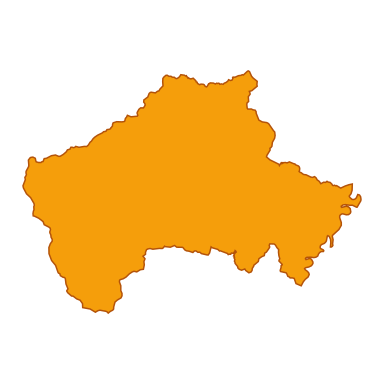 outline of Bolívar, Valle del Cauca, Colombia
{"feature_id": "7082276B19709317443254", "entity_name": "Bolívar", "entity_type": "district", "adm_level": 2, "iso_a3": "COL", "parent_name": "Colombia", "parent_adm1": "Valle del Cauca", "projection": "robinson", "projection_center": [-76.334, 4.364], "detail": "fine", "context": "isolated", "style": "filled", "palette": "amber", "viewbox_px": 384, "rotation_deg": 0, "n_neighbors": 0, "source": "geoboundaries", "source_scale": "gbopen_adm2", "svg_char_len": 5940}
<svg xmlns="http://www.w3.org/2000/svg" viewBox="0 0 384 384"><path d="M257.2,86.2L256.9,84.6L257.2,81.3L253.2,78.1L251.6,76.3L249.5,71.6L248.3,70.9L247.5,71.2L243.4,75.0L242.2,74.7L241.2,75.3L238.4,75.7L235.1,77.2L233.0,77.1L232.6,77.6L232.9,78.5L231.9,80.2L230.5,80.5L228.6,79.7L227.9,81.0L226.0,82.5L224.2,83.2L223.2,84.3L221.4,83.9L219.8,84.3L219.4,83.5L218.2,83.2L217.6,83.5L216.6,83.2L215.4,84.0L213.4,83.1L210.1,82.9L209.5,83.6L208.7,83.7L207.0,86.6L206.5,86.9L205.3,86.4L204.1,84.7L203.3,84.3L200.9,84.1L199.8,84.7L199.3,84.5L197.6,83.5L197.0,82.1L196.2,81.9L195.8,80.7L193.2,78.2L190.9,78.9L189.3,78.5L188.7,77.9L188.0,78.2L187.6,77.2L186.6,76.5L186.4,75.7L185.6,76.0L184.4,75.2L180.8,74.7L179.5,76.8L177.5,78.3L176.6,78.6L175.6,78.4L174.4,77.3L172.3,77.2L171.0,76.3L168.8,76.3L167.4,75.3L166.0,75.3L164.1,76.8L162.9,78.4L162.7,81.7L163.0,85.9L160.1,88.9L158.9,90.9L157.4,91.3L155.4,92.9L151.1,92.2L150.2,92.5L149.1,93.5L147.8,97.0L143.9,99.9L143.7,102.1L144.8,103.5L145.2,105.1L143.5,107.9L140.6,107.9L138.9,109.3L137.2,112.4L137.1,113.2L137.8,115.3L137.3,116.2L131.0,116.8L127.4,115.3L126.5,117.2L125.4,118.4L124.8,121.0L124.3,121.5L122.0,121.9L116.7,121.7L113.2,122.8L112.6,124.2L112.4,126.2L110.8,127.9L110.6,128.6L109.4,129.3L107.0,129.6L105.9,131.3L103.6,131.7L102.3,132.9L97.6,135.2L94.7,137.2L93.1,138.7L91.4,141.2L90.1,142.2L88.3,145.1L86.7,146.5L84.3,146.4L79.0,147.3L75.7,146.4L74.8,147.3L73.6,147.7L72.0,147.2L70.8,147.3L70.0,149.1L67.4,149.9L66.3,151.8L63.3,154.4L60.1,156.3L58.5,156.3L55.5,155.0L51.4,155.7L46.4,158.3L44.2,158.6L43.1,161.5L42.0,161.7L41.0,162.5L38.6,162.5L36.3,161.9L35.8,160.9L35.3,158.3L32.9,157.1L30.8,157.4L30.0,157.9L28.4,160.1L28.8,165.2L28.6,166.6L26.1,171.3L26.0,173.0L26.4,174.5L25.8,176.1L24.9,177.3L25.3,179.7L23.0,185.8L23.4,187.9L26.5,193.8L30.6,197.6L34.0,203.5L34.3,205.3L33.8,206.7L34.0,209.8L33.4,211.1L33.0,213.5L33.2,215.9L34.3,216.1L38.7,218.2L43.1,221.6L44.2,224.7L48.9,227.1L50.2,228.2L50.5,229.6L49.8,231.9L49.9,232.9L50.8,234.8L51.1,237.3L52.2,239.3L52.2,241.2L50.4,243.6L48.9,247.5L49.0,253.7L51.6,260.5L55.6,265.4L58.0,272.3L58.5,273.1L59.8,273.7L60.4,275.7L63.1,277.3L64.4,277.5L65.3,278.4L66.0,284.0L68.0,288.9L66.8,290.6L66.8,291.2L67.8,292.8L71.5,296.0L73.2,296.2L76.7,298.9L80.1,300.2L82.5,303.6L82.7,307.6L90.1,309.0L95.4,312.2L97.9,310.7L99.9,310.2L105.9,311.3L107.3,312.0L108.2,313.1L110.3,311.4L112.7,310.2L113.6,309.1L113.7,306.9L115.0,302.1L117.4,300.0L121.0,297.9L122.0,295.8L122.0,293.4L120.8,290.6L120.8,285.7L119.4,281.9L119.6,280.2L120.3,279.6L123.1,278.8L126.0,277.1L129.4,273.8L132.3,271.9L134.0,271.3L136.8,271.9L140.4,269.7L143.4,269.3L144.3,264.8L143.9,261.6L145.0,258.8L143.0,256.2L145.5,254.3L145.5,252.3L146.5,249.7L147.7,249.0L150.0,248.5L152.8,249.2L159.4,248.4L162.2,248.5L163.2,247.9L164.6,246.2L165.1,246.6L170.4,247.2L174.5,245.5L176.8,247.2L182.3,247.3L183.1,247.7L184.8,249.9L186.4,250.8L189.0,251.2L192.9,252.5L194.4,251.0L195.9,250.9L197.9,252.3L199.8,252.2L201.4,253.6L206.9,254.9L208.2,255.0L209.6,252.9L211.1,246.9L212.1,247.7L217.8,249.4L219.5,251.0L220.3,250.8L227.5,253.5L228.2,254.6L229.4,254.2L230.7,254.3L231.2,253.3L231.7,253.0L233.3,253.4L234.1,252.2L234.6,252.3L235.1,250.6L235.9,251.3L236.2,252.1L235.2,252.8L233.7,255.6L234.2,255.6L234.4,257.1L234.1,257.2L234.5,257.7L234.2,258.1L234.9,259.7L234.4,261.1L235.2,262.8L235.1,263.4L237.6,266.5L237.9,268.0L239.2,269.3L241.6,270.2L244.8,269.0L245.7,270.5L248.9,272.8L251.2,271.9L252.1,270.3L252.3,268.4L253.7,266.2L253.8,265.3L258.3,261.5L258.9,258.7L261.9,256.6L264.3,255.6L264.7,253.1L266.4,252.1L269.0,248.4L269.7,247.0L269.2,245.3L269.8,243.9L274.1,244.0L275.4,245.0L276.9,247.6L278.6,249.5L278.5,252.3L278.9,255.7L279.8,258.8L279.0,260.2L279.0,261.1L282.2,264.4L282.2,264.8L281.1,265.7L281.1,267.4L280.2,270.4L280.5,271.5L286.1,272.8L286.9,274.0L287.8,276.3L289.3,277.0L290.1,277.9L292.3,277.9L294.2,278.4L296.0,283.6L301.2,285.8L303.3,281.8L305.3,279.3L308.1,277.0L309.2,274.5L308.8,273.0L307.5,271.4L305.2,269.7L304.6,268.5L305.7,267.7L308.8,267.0L311.3,265.8L312.4,264.5L313.0,263.1L312.8,261.7L311.4,259.3L310.3,258.6L309.0,258.6L306.0,259.6L305.4,258.8L305.7,258.0L306.9,257.3L311.1,257.2L313.8,257.6L315.9,257.2L317.7,256.1L318.6,253.8L319.8,252.4L321.1,251.6L323.4,251.5L323.8,250.8L323.2,249.8L320.5,248.5L320.1,247.3L320.3,246.0L321.4,244.6L324.3,243.4L325.5,242.3L326.4,240.9L327.0,237.5L327.4,236.0L327.9,235.6L329.2,236.5L330.5,239.2L330.8,242.4L330.4,247.0L331.1,247.1L332.3,246.4L332.9,245.3L332.6,243.9L333.1,239.7L332.3,236.3L332.5,235.4L338.9,229.5L341.3,225.3L341.3,222.5L339.7,217.8L339.7,215.9L340.1,215.2L341.5,214.1L342.7,213.8L346.3,214.8L348.6,214.6L350.3,213.2L350.8,211.9L350.2,208.6L348.5,206.9L346.3,206.2L341.8,207.4L341.2,206.8L341.3,206.1L343.1,204.9L345.5,204.6L350.0,205.3L352.4,205.2L356.5,207.2L357.1,207.2L360.8,200.8L361.0,199.3L360.6,196.7L359.5,195.0L357.8,194.5L356.3,197.9L354.8,199.2L353.6,199.5L352.0,199.4L349.8,197.4L349.2,196.1L351.0,193.8L352.1,190.3L352.3,184.0L349.0,184.7L345.2,186.0L340.7,188.1L336.6,185.6L335.9,185.9L334.5,185.2L333.5,185.6L332.6,185.4L331.7,183.9L330.1,182.4L328.2,182.1L327.0,181.3L325.6,182.4L323.7,182.2L320.8,183.7L319.2,181.3L317.2,179.9L316.1,177.9L314.8,176.8L314.4,176.6L312.8,177.4L310.9,177.1L306.1,174.8L303.6,174.5L301.0,172.6L300.1,172.3L299.1,171.5L299.6,170.1L299.7,168.2L299.2,166.8L298.5,166.0L295.4,164.7L294.9,163.9L293.9,163.8L289.4,161.9L287.0,162.9L285.4,162.5L283.0,162.7L282.7,163.4L281.8,163.6L281.8,162.6L281.3,162.6L279.4,165.5L279.0,164.3L270.0,159.9L266.5,156.9L266.9,155.4L270.1,150.1L269.9,148.3L270.9,147.6L271.9,146.3L272.4,142.3L274.6,138.3L275.1,135.5L274.7,132.0L273.5,130.7L268.6,123.6L266.8,122.6L262.2,121.9L258.9,120.1L256.2,113.3L256.1,111.7L255.2,110.2L252.9,109.8L251.4,109.0L247.9,109.1L247.2,108.2L246.8,104.7L247.0,103.0L248.6,101.5L248.3,96.7L250.1,94.2L250.0,93.1L249.3,91.4L251.8,90.7L257.2,86.2Z" fill="#f59e0b" stroke="#b45309" stroke-width="1.5"/></svg>